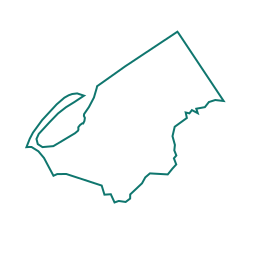 Gulf, Florida, United States of America (Mercator projection), rotated 56°
{"feature_id": "52423323B60614723714205", "entity_name": "Gulf", "entity_type": "district", "adm_level": 2, "iso_a3": "USA", "parent_name": "United States of America", "parent_adm1": "Florida", "projection": "mercator", "projection_center": [-85.238, 29.931], "detail": "fine", "context": "isolated", "style": "outline", "palette": "teal", "viewbox_px": 256, "rotation_deg": 56, "n_neighbors": 0, "source": "geoboundaries", "source_scale": "gbopen_adm2", "svg_char_len": 1025}
<svg xmlns="http://www.w3.org/2000/svg" viewBox="0 0 256 256"><g transform="rotate(56 128 128)"><path d="M186.5,113.8L185.2,108.4L178.8,106.9L177.8,103.3L172.4,102.1L168.3,98.6L159.7,95.7L153.1,88.6L152.6,73.6L147.4,71.5L150.2,68.9L148.9,65.0L154.7,61.9L150.2,60.6L153.7,52.6L151.7,46.4L153.6,40.0L159.1,33.6L77.9,33.1L75.8,33.2L75.3,95.8L76.1,130.3L77.3,131.5L83.7,139.2L88.8,148.7L91.9,156.6L93.3,157.8L95.5,158.1L97.8,160.2L99.2,162.6L98.6,163.2L98.7,166.1L99.6,168.8L101.6,170.0L102.3,171.0L102.7,174.9L101.3,200.0L96.0,209.6L90.9,211.8L85.9,210.0L83.0,205.3L79.4,190.1L76.8,177.8L76.1,167.7L76.5,158.0L76.6,146.4L70.9,150.8L68.6,155.3L67.7,158.9L67.3,163.8L68.5,173.9L73.4,194.7L78.7,209.4L82.0,215.5L87.1,222.9L88.6,220.3L89.8,218.6L97.2,215.3L105.9,214.4L115.3,215.4L125.9,216.5L126.6,212.5L131.6,204.9L161.0,182.0L170.1,184.8L173.3,179.3L182.2,180.8L183.3,176.5L188.0,171.3L187.7,165.7L184.3,163.3L181.7,147.3L178.6,141.3L177.9,135.2L188.7,121.0L186.5,113.8Z" fill="none" stroke="#0f766e" stroke-width="2"/></g></svg>